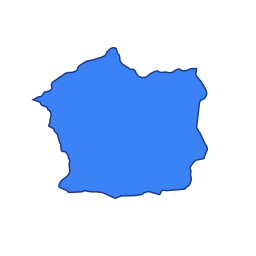 the Province of Kamphaeng Phet, rotated 65°
{"feature_id": "THA-400", "entity_name": "Kamphaeng Phet", "entity_type": "Province", "adm_level": 1, "iso_a3": "THA", "parent_name": "Thailand", "parent_adm1": "", "projection": "albers", "projection_center": [99.403, 16.336], "detail": "fine", "context": "isolated", "style": "filled", "palette": "blue", "viewbox_px": 256, "rotation_deg": 65, "n_neighbors": 0, "source": "natural_earth", "source_scale": "10m", "svg_char_len": 3646}
<svg xmlns="http://www.w3.org/2000/svg" viewBox="0 0 256 256"><g transform="rotate(65 128 128)"><path d="M187.8,72.2L186.1,78.9L186.1,81.1L186.5,82.3L187.4,84.2L189.8,88.3L190.4,88.8L191.0,89.1L191.6,89.1L192.8,89.0L193.4,89.1L193.9,89.3L194.8,89.8L196.1,90.7L197.1,91.2L197.7,91.4L200.2,91.8L201.2,92.3L202.4,93.2L204.6,95.4L205.5,96.6L206.0,97.5L206.2,99.2L207.3,102.6L201.4,118.7L199.6,121.9L199.2,122.9L199.1,123.8L199.3,124.3L199.6,124.8L200.0,125.2L200.3,125.5L201.1,126.2L201.7,127.6L195.4,134.8L193.9,137.2L193.6,139.8L193.6,141.1L194.0,143.8L192.3,150.0L186.9,162.3L186.6,163.7L186.4,168.3L186.2,169.1L185.8,169.7L176.5,177.7L175.5,178.8L172.8,183.0L170.2,188.4L168.3,191.3L167.1,192.8L166.6,193.7L166.4,194.4L166.5,195.0L166.4,196.1L165.8,198.1L161.6,208.4L160.9,209.3L159.7,209.5L158.6,210.0L158.2,210.3L153.3,214.8L152.4,215.2L151.7,215.3L150.7,214.8L150.4,214.5L149.0,212.9L147.9,211.1L147.5,210.1L146.9,207.8L146.2,204.2L145.4,202.2L144.8,201.3L144.2,200.4L143.9,200.1L143.1,199.4L142.6,199.1L141.7,198.6L136.4,196.9L135.0,196.1L133.5,194.8L133.0,194.6L132.5,194.4L131.8,194.5L131.1,194.6L130.3,194.6L129.7,194.5L128.6,194.1L128.0,194.0L126.6,194.0L124.9,194.3L123.6,194.6L122.8,195.2L122.3,195.9L121.8,197.1L121.2,197.6L120.6,197.8L120.0,197.8L116.2,196.6L114.2,195.7L113.5,195.7L112.2,196.0L111.5,196.0L106.6,195.2L104.9,194.7L104.1,194.7L102.9,194.9L100.1,196.0L99.3,196.0L98.8,195.8L98.1,195.6L97.1,195.7L96.4,196.2L95.7,196.9L94.6,197.5L94.0,198.1L93.3,198.8L92.7,199.0L92.3,198.9L91.9,198.6L91.6,198.2L91.1,197.3L90.7,196.9L90.3,196.6L89.9,196.3L88.8,195.9L87.9,195.3L83.8,192.1L83.3,191.9L82.8,191.7L82.2,191.6L81.5,191.6L78.3,192.1L77.6,192.8L76.9,192.8L76.1,192.8L75.1,192.7L74.6,192.9L74.2,193.2L73.4,194.2L71.5,196.0L70.7,196.6L69.9,196.8L68.0,196.8L67.4,197.0L66.9,197.3L64.7,199.4L62.4,202.0L61.9,196.5L62.6,193.7L62.6,192.9L62.4,192.3L61.9,191.4L60.4,189.2L60.2,188.5L60.4,187.5L60.7,186.3L61.1,183.8L61.0,182.6L61.0,181.7L60.7,181.3L60.4,180.8L59.7,180.1L59.2,179.8L58.6,179.7L57.4,179.6L56.6,179.3L55.9,178.7L54.9,177.4L54.5,176.4L52.1,161.9L52.0,161.2L52.2,159.9L52.3,159.3L53.1,157.2L53.6,156.2L53.9,155.4L54.2,154.2L54.3,151.5L54.2,150.2L53.9,149.4L52.9,148.7L52.2,148.1L51.2,146.5L50.8,144.5L50.1,138.6L50.1,136.5L51.6,130.7L51.7,130.0L51.8,127.5L52.0,126.1L52.3,125.0L52.6,122.5L52.7,119.7L52.6,118.3L52.4,117.4L52.1,116.9L51.8,116.5L51.1,115.8L50.5,115.4L50.1,114.7L48.8,110.8L48.7,109.2L48.8,108.2L49.3,107.1L49.8,106.2L50.4,105.5L50.7,105.4L51.1,105.2L51.6,105.2L52.7,105.4L53.3,105.6L54.5,105.8L55.1,105.8L55.8,105.8L58.0,105.3L58.7,105.3L59.3,105.4L60.4,105.7L62.5,106.5L63.1,106.7L64.4,106.7L66.3,106.5L67.9,105.9L71.5,103.8L72.7,102.8L74.0,102.0L74.7,101.8L75.1,101.6L75.5,101.3L75.9,100.9L76.1,100.5L76.8,98.9L77.1,98.5L77.4,98.1L77.9,97.8L78.4,97.6L79.0,97.5L83.6,97.3L84.8,96.9L85.3,96.7L87.0,95.6L87.5,94.9L88.1,94.0L89.0,92.1L89.3,91.0L89.5,90.1L89.1,87.7L89.0,87.1L88.4,85.5L88.3,84.9L88.1,82.6L88.1,80.0L88.3,78.7L88.5,77.8L89.0,76.9L89.4,76.5L89.8,76.3L90.4,76.1L91.0,75.5L91.6,74.6L93.4,69.9L95.7,66.7L96.2,64.8L96.2,63.4L96.0,62.3L95.6,60.3L95.7,58.0L96.0,57.0L96.4,56.3L98.3,55.4L98.8,54.8L99.4,54.0L100.2,52.4L100.6,51.4L100.7,50.6L100.7,46.8L101.3,44.5L103.2,40.7L107.5,43.7L109.4,44.1L117.3,42.0L125.6,41.3L127.5,41.4L129.2,41.8L129.9,42.1L130.9,42.7L131.7,43.4L132.6,44.6L132.9,45.0L133.4,46.0L133.5,46.6L133.7,47.8L133.7,49.8L133.8,50.4L134.2,51.5L134.5,51.9L134.9,52.3L155.8,65.3L156.6,65.5L157.9,65.6L158.5,65.6L163.4,64.8L174.2,64.9L177.0,64.6L179.6,64.6L180.5,64.9L181.1,65.3L182.8,67.2L183.9,68.3L185.2,69.9L187.8,72.2Z" fill="#3b82f6" stroke="#1e3a8a" stroke-width="1.5"/></g></svg>